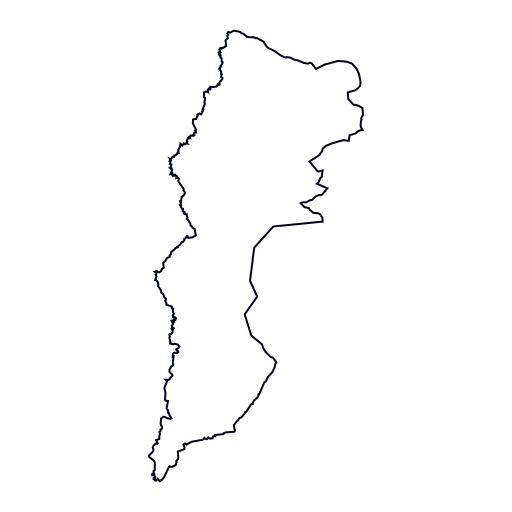 the district of Asante Akim Central Municipal, Ashanti, Ghana
{"feature_id": "2480657B1767599566587", "entity_name": "Asante Akim Central Municipal", "entity_type": "district", "adm_level": 2, "iso_a3": "GHA", "parent_name": "Ghana", "parent_adm1": "Ashanti", "projection": "robinson", "projection_center": [-1.254, 6.565], "detail": "fine", "context": "isolated", "style": "outline", "palette": "ink", "viewbox_px": 512, "rotation_deg": 0, "n_neighbors": 0, "source": "geoboundaries", "source_scale": "gbopen_adm2", "svg_char_len": 6026}
<svg xmlns="http://www.w3.org/2000/svg" viewBox="0 0 512 512"><path d="M362.4,108.0L359.2,106.0L355.5,104.8L353.6,104.9L348.2,98.7L347.8,92.4L355.1,90.3L357.7,88.5L360.2,85.8L360.5,81.7L359.1,74.3L356.6,68.7L352.1,63.7L346.9,61.7L338.3,60.9L325.2,64.4L316.0,68.9L311.5,63.2L309.5,62.8L307.7,63.6L303.7,62.9L297.1,60.1L295.1,60.0L290.3,57.6L286.5,57.1L286.0,57.6L281.8,56.2L274.3,50.9L268.6,48.2L266.5,46.3L263.5,41.6L257.1,38.1L255.9,38.2L252.9,37.0L251.7,37.4L247.2,36.9L243.2,33.7L241.2,33.2L240.4,32.0L236.7,31.1L234.0,30.7L230.0,32.6L228.3,31.9L227.8,32.3L227.4,33.5L228.2,34.8L227.3,35.6L227.8,38.2L225.5,40.4L226.0,44.5L225.7,45.4L226.1,46.1L222.0,48.5L221.9,47.8L220.2,48.1L219.4,49.7L219.9,50.3L219.8,51.4L219.2,52.0L219.9,52.3L218.8,52.6L219.4,53.4L219.0,54.4L220.2,54.5L219.9,55.6L220.7,55.7L220.6,57.8L221.6,58.3L221.7,61.6L222.5,62.0L222.5,63.5L220.6,65.8L221.1,66.6L219.9,67.5L219.3,68.8L220.1,68.9L220.1,69.9L221.2,71.8L221.1,73.8L221.5,73.8L221.7,74.6L221.2,76.9L222.5,78.1L222.1,79.5L219.9,81.7L219.4,82.7L219.6,84.6L218.9,84.8L217.7,84.2L216.9,86.3L216.1,86.6L212.7,87.1L210.7,86.8L210.4,89.2L210.0,89.4L209.4,88.0L207.7,89.9L208.0,91.6L207.5,91.1L207.3,91.8L205.5,91.7L203.9,92.5L204.1,97.4L205.1,97.8L205.1,99.3L204.4,102.1L204.8,104.3L202.7,109.0L203.5,109.5L203.0,110.8L202.1,111.4L202.4,112.1L201.4,114.2L201.0,114.4L199.6,113.4L197.4,114.6L197.8,115.7L197.3,115.9L196.2,118.9L193.1,119.4L192.8,123.1L195.9,129.4L195.1,130.3L195.8,130.9L196.0,132.2L195.3,131.8L194.8,132.8L194.3,132.8L193.3,134.8L194.2,135.2L193.5,135.8L190.8,135.4L190.6,136.1L189.9,136.3L190.1,137.7L189.3,137.2L189.1,138.1L188.5,137.7L187.7,138.5L186.9,140.8L187.4,141.8L186.5,142.8L187.2,143.5L186.4,143.4L184.8,144.3L183.8,143.4L182.2,145.7L180.4,143.8L180.0,146.6L178.3,150.1L178.6,152.7L177.6,152.4L177.1,153.8L175.4,155.4L174.4,155.5L174.0,156.8L172.7,156.7L170.9,159.2L169.9,158.8L170.7,160.0L169.9,159.9L169.6,161.1L170.5,161.2L170.0,163.9L171.4,164.5L170.4,167.6L169.9,167.8L171.4,169.3L171.7,168.9L172.1,169.9L170.6,173.7L172.2,172.9L172.4,174.1L171.9,174.6L172.7,175.7L173.1,174.9L173.9,175.6L174.4,174.7L175.4,174.7L175.7,175.7L176.7,176.0L176.3,178.1L177.7,177.5L178.8,178.4L178.3,181.4L183.6,188.9L183.4,190.0L185.1,192.8L183.6,195.6L181.7,196.7L181.1,200.8L180.1,201.0L179.9,201.8L180.9,202.6L180.6,203.6L181.1,204.9L180.1,205.2L182.0,208.9L182.9,208.9L182.7,210.9L183.8,211.7L183.9,213.0L184.6,212.6L184.9,214.0L186.8,214.4L186.6,215.4L187.5,217.9L186.8,218.9L188.3,220.2L190.4,223.8L190.6,225.6L191.7,226.1L192.5,227.8L194.6,228.9L195.8,235.5L191.9,237.5L188.2,237.8L187.5,235.9L186.8,235.9L185.8,238.1L184.3,238.9L184.5,240.1L182.7,242.2L181.8,242.1L179.7,245.1L178.3,245.9L177.8,247.2L176.9,246.9L176.4,247.8L175.3,248.0L175.1,248.8L171.4,251.9L170.8,254.3L169.6,255.5L169.8,256.8L167.0,258.0L165.4,260.7L163.2,262.9L163.8,267.6L161.7,269.2L161.3,271.0L159.5,272.2L158.1,272.2L157.0,270.9L154.9,271.7L156.5,272.6L156.2,274.5L155.7,274.6L156.4,276.5L155.2,280.1L156.2,280.2L157.7,281.9L158.3,283.9L158.0,285.9L161.0,290.5L161.2,292.5L163.2,294.2L164.5,297.4L165.9,298.8L165.9,299.8L165.1,300.6L166.7,304.1L166.4,304.7L171.8,306.5L171.9,308.5L173.2,308.7L172.9,312.2L174.0,313.5L172.7,315.5L173.1,317.2L174.2,317.7L174.8,319.2L175.3,318.9L175.3,317.6L176.0,318.1L175.4,319.8L173.6,319.9L173.3,320.5L174.2,321.8L173.8,322.2L172.8,321.9L172.4,320.6L171.5,320.7L173.1,324.0L171.7,325.8L172.4,327.1L171.4,328.7L171.9,329.2L173.1,327.8L173.7,328.2L172.5,330.3L172.7,332.2L171.2,334.0L169.6,334.1L169.3,334.9L169.9,336.4L169.3,338.0L170.0,340.1L169.8,341.6L170.5,342.6L170.2,343.6L173.4,344.3L174.7,343.7L177.9,344.7L179.5,346.5L178.3,348.1L176.3,349.4L176.7,350.4L178.0,351.1L178.3,351.9L177.2,353.0L174.4,352.7L173.0,353.5L172.7,356.9L173.6,356.5L173.6,357.0L172.7,362.8L173.4,364.8L173.0,365.6L171.2,366.4L169.5,369.6L169.4,371.4L170.4,373.1L172.1,374.4L172.5,375.6L170.2,377.8L169.4,379.3L168.4,379.9L165.4,379.7L167.0,381.3L164.4,388.1L165.5,392.9L165.0,399.7L165.5,400.7L168.0,401.0L166.6,408.5L167.9,410.1L167.9,412.7L169.0,413.2L169.5,415.2L171.5,418.3L170.4,418.8L167.4,418.3L164.6,416.8L163.4,416.7L161.2,418.4L160.6,423.2L161.0,425.3L161.9,426.4L162.0,428.6L160.4,429.9L160.4,431.1L159.4,432.0L160.0,433.9L159.4,435.4L159.3,439.0L156.0,440.1L157.8,443.4L157.3,444.0L155.7,443.7L153.5,445.6L152.7,447.8L153.5,449.5L153.2,451.2L148.9,455.8L149.3,457.1L153.3,460.2L154.8,462.3L154.8,469.8L153.5,471.3L154.2,474.2L152.5,473.7L152.1,474.2L152.2,475.3L154.2,475.3L155.4,477.1L154.9,478.4L153.7,478.1L153.6,479.1L155.7,480.6L156.4,480.5L157.5,478.8L159.9,481.3L161.1,480.0L161.6,480.2L163.9,477.4L169.0,466.9L169.8,466.2L171.7,467.1L175.7,465.1L176.5,462.3L176.3,460.9L177.8,459.5L178.3,457.5L177.9,451.5L184.3,449.2L184.5,447.4L183.4,444.7L184.0,444.1L185.0,443.5L186.6,444.5L191.5,441.8L202.4,439.8L203.6,439.1L204.3,437.8L205.4,438.8L206.8,439.1L208.3,437.5L209.5,438.5L212.6,438.4L213.1,436.5L215.2,436.1L215.2,435.0L223.5,434.1L223.7,433.2L225.6,432.4L234.5,431.7L235.0,430.0L234.3,428.4L234.0,425.0L236.9,421.1L238.1,420.5L238.9,418.5L241.6,417.2L244.8,413.3L245.0,412.3L246.5,411.5L250.6,405.0L251.4,404.1L252.7,404.0L253.6,401.0L257.4,397.5L258.8,394.8L258.5,394.4L259.8,393.0L264.3,382.3L265.6,381.6L268.0,376.9L272.5,372.0L274.5,367.6L275.3,364.0L276.3,362.5L273.0,357.6L270.9,357.2L265.6,352.0L263.1,347.8L262.0,344.3L251.3,335.6L244.7,314.3L257.2,296.6L250.0,280.8L254.2,247.7L273.3,226.5L322.6,221.6L322.4,217.7L320.2,214.4L318.7,213.4L313.3,212.8L309.8,209.8L309.0,208.2L304.4,207.1L300.7,203.2L303.4,202.2L306.0,202.4L309.8,200.3L311.8,200.0L316.0,196.3L318.6,195.1L321.0,195.2L322.4,194.3L327.4,188.3L316.9,183.7L318.7,182.0L320.2,178.3L321.8,176.8L322.6,170.4L318.7,171.5L317.4,171.1L309.5,161.4L319.3,155.2L320.1,153.6L322.0,151.6L322.7,148.7L325.8,145.9L331.6,143.5L343.4,140.1L348.8,140.9L349.6,135.2L355.4,133.5L358.0,131.3L360.3,130.3L362.5,130.1L360.8,126.8L360.6,124.6L361.1,120.5L361.6,119.7L361.2,118.5L361.8,116.7L363.1,115.1L362.4,108.0Z" fill="none" stroke="#020617" stroke-width="2"/></svg>